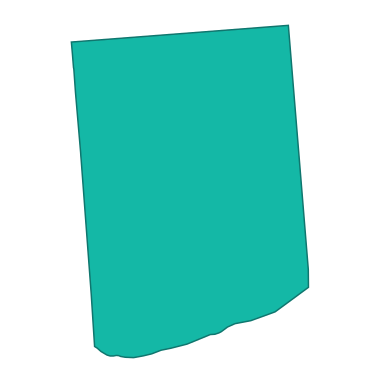 Calloway, Kentucky, United States of America (Mercator projection), rotated 85°
{"feature_id": "52423323B87145577406821", "entity_name": "Calloway", "entity_type": "district", "adm_level": 2, "iso_a3": "USA", "parent_name": "United States of America", "parent_adm1": "Kentucky", "projection": "mercator", "projection_center": [-88.153, 36.624], "detail": "fine", "context": "isolated", "style": "filled", "palette": "teal", "viewbox_px": 384, "rotation_deg": 85, "n_neighbors": 0, "source": "geoboundaries", "source_scale": "gbopen_adm2", "svg_char_len": 604}
<svg xmlns="http://www.w3.org/2000/svg" viewBox="0 0 384 384"><g transform="rotate(85 192 192)"><path d="M32.1,299.1L43.6,299.1L57.7,299.2L59.3,299.0L83.0,299.4L142.9,299.5L146.4,299.6L150.0,299.6L285.5,301.3L337.4,302.5L339.3,300.0L343.0,296.5L347.0,290.9L348.2,287.9L348.5,284.5L348.2,281.7L348.6,279.3L349.6,277.4L350.8,272.9L351.9,264.6L351.0,254.9L349.7,246.2L346.9,236.5L345.8,226.7L343.1,210.2L335.6,186.2L335.7,181.6L334.7,177.4L333.7,175.0L329.6,168.4L326.9,160.6L325.3,144.6L318.6,119.6L297.1,84.3L279.3,82.9L34.4,81.5L32.1,299.1Z" fill="#14b8a6" stroke="#0f766e" stroke-width="1.5"/></g></svg>